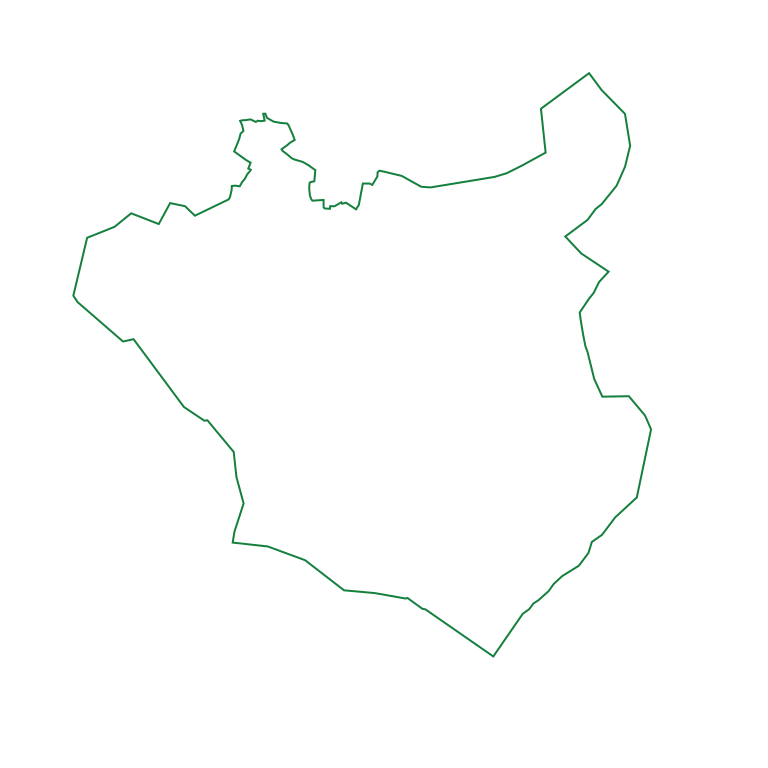 Ife Central, Osun, Nigeria (Mercator projection), rotated 169°
{"feature_id": "59680162B28710912427622", "entity_name": "Ife Central", "entity_type": "district", "adm_level": 2, "iso_a3": "NGA", "parent_name": "Nigeria", "parent_adm1": "Osun", "projection": "mercator", "projection_center": [4.539, 7.542], "detail": "fine", "context": "isolated", "style": "outline", "palette": "green", "viewbox_px": 768, "rotation_deg": 169, "n_neighbors": 0, "source": "geoboundaries", "source_scale": "gbopen_adm2", "svg_char_len": 1975}
<svg xmlns="http://www.w3.org/2000/svg" viewBox="0 0 768 768"><g transform="rotate(169 384 384)"><path d="M123.4,650.0L177.4,624.3L181.2,580.3L206.5,572.2L223.3,567.5L235.9,566.2L300.9,568.1L309.8,570.5L326.9,584.9L341.6,591.6L347.8,594.3L349.9,593.0L350.9,589.0L357.5,581.7L359.9,583.5L366.5,584.8L371.1,573.3L372.8,568.9L374.6,564.5L378.1,560.8L386.7,569.2L390.6,568.9L391.2,570.5L398.7,567.9L402.9,568.8L403.7,566.3L408.6,567.6L409.6,568.8L408.2,576.2L419.3,577.6L420.1,579.2L420.8,583.3L420.0,590.9L418.7,595.5L417.8,596.2L413.7,596.3L410.6,607.0L416.3,613.1L421.4,617.5L428.8,621.3L431.4,623.1L435.4,628.1L439.0,632.1L439.8,634.0L433.8,636.7L429.9,638.9L425.1,640.6L425.9,645.6L428.3,656.2L429.3,658.2L435.6,660.0L442.3,662.6L448.1,667.6L448.9,672.0L451.0,672.3L450.9,665.3L454.2,665.4L457.7,666.5L459.8,665.7L464.5,669.2L470.2,669.5L472.6,669.9L475.0,669.8L473.9,665.2L473.7,659.3L475.7,657.9L477.0,657.2L479.4,652.1L486.7,640.9L476.7,630.2L472.7,626.7L476.1,621.4L473.9,619.7L475.2,618.3L478.1,616.1L481.5,611.9L484.8,609.2L487.9,605.6L492.2,607.1L495.6,607.4L496.5,603.6L499.4,597.1L501.1,594.9L537.5,585.3L545.4,596.5L559.4,602.4L574.6,584.0L599.6,599.8L618.5,589.7L647.5,584.2L672.1,530.0L669.2,522.9L632.3,475.8L631.9,475.5L621.3,475.8L584.8,399.6L567.3,382.2L564.3,382.1L544.5,346.0L546.6,320.8L544.6,293.5L558.9,267.7L562.8,257.2L529.1,246.7L495.1,226.1L462.6,189.1L432.9,180.5L403.8,169.3L401.8,169.5L389.2,156.0L386.4,154.9L328.7,95.7L291.6,132.0L284.5,135.2L279.1,140.1L273.8,142.2L262.0,149.2L255.6,155.3L245.8,161.4L227.3,168.5L215.5,179.2L210.1,189.3L198.7,194.4L182.6,208.9L157.5,224.4L130.5,288.5L133.2,300.8L133.9,303.5L146.0,325.3L172.1,329.9L176.7,348.9L178.1,376.8L179.1,382.8L179.1,394.3L178.7,409.6L178.2,416.9L166.5,428.6L160.8,433.4L153.4,443.1L142.1,451.4L165.5,474.5L177.9,494.2L152.8,506.3L142.8,515.5L136.0,519.0L117.8,534.3L105.9,551.4L96.9,570.9L95.9,603.2L114.3,631.0L123.4,650.0Z" fill="none" stroke="#15803d" stroke-width="2"/></g></svg>